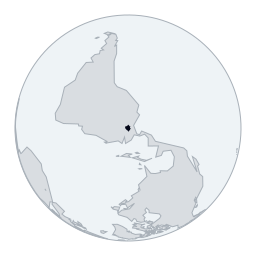 Cundinamarca highlighted on a globe, orthographic projection, rotated 172°
{"feature_id": "COL-1398", "entity_name": "Cundinamarca", "entity_type": "Department", "adm_level": 1, "iso_a3": "COL", "parent_name": "Colombia", "parent_adm1": "", "projection": "orthographic", "projection_center": [-74.139, 4.765], "detail": "fine", "context": "on_globe", "style": "filled", "palette": "ink", "viewbox_px": 256, "rotation_deg": 172, "n_neighbors": 0, "source": "natural_earth", "source_scale": "10m", "svg_char_len": 8594}
<svg xmlns="http://www.w3.org/2000/svg" viewBox="0 0 256 256"><g transform="rotate(172 128 128)"><circle cx="128" cy="128" r="113" fill="#eef3f6" stroke="#a8b0b8"/><path d="M120.1,121.0L117.5,119.8L114.9,123.1L105.8,117.7L102.7,111.0L75.6,100.5L72.9,97.2L73.1,91.9L65.7,74.9L68.2,90.8L65.0,87.7L62.7,82.0L64.4,80.6L63.4,72.5L60.8,69.5L62.0,59.9L70.0,48.3L70.6,50.0L72.5,47.3L71.8,45.2L71.0,44.5L76.5,35.2L75.6,31.3L71.6,32.7L75.4,30.6L65.3,35.5L62.4,36.7L68.0,33.8L70.3,32.5L69.5,32.3L71.7,30.9L72.6,30.2L75.3,28.7L78.3,27.6L80.1,26.7L79.4,26.7L81.7,25.5L82.4,25.5L86.5,23.5L92.3,22.0L92.1,24.8L97.6,24.0L103.3,27.3L105.1,26.3L108.3,27.3L111.6,26.6L111.7,27.8L114.2,26.3L113.4,25.4L114.3,24.5L116.1,24.1L116.6,25.4L115.8,25.8L116.9,26.0L116.3,26.9L117.6,26.2L118.0,28.1L120.4,25.8L122.9,26.8L122.5,28.2L119.0,28.7L109.2,34.2L107.6,36.4L108.9,38.6L118.9,41.2L118.6,43.6L120.9,46.3L122.7,44.5L121.5,41.8L125.4,39.5L123.5,36.8L124.8,35.6L124.4,32.9L128.3,32.8L132.3,34.3L132.9,36.6L134.7,37.5L137.3,35.0L141.3,39.6L149.2,43.3L149.9,44.8L145.6,47.5L137.7,47.7L132.1,52.5L139.6,49.0L141.1,53.3L143.0,54.0L145.1,53.8L146.1,52.1L147.4,53.7L140.5,57.4L139.2,56.0L141.4,54.7L137.7,55.0L133.0,58.1L134.1,60.4L125.9,63.8L126.6,65.6L125.2,67.6L124.6,64.4L125.5,70.3L116.0,77.4L116.9,88.6L111.8,80.0L107.4,79.1L102.0,79.4L102.1,81.2L95.0,80.0L88.5,84.0L86.1,93.1L88.5,100.0L96.4,100.1L98.8,96.2L104.6,95.3L100.3,106.0L110.5,107.3L109.4,115.4L112.4,119.6L117.5,118.4L122.8,120.4L126.5,115.6L132.6,113.0L132.7,119.5L136.1,113.5L139.5,116.6L151.5,116.1L150.6,117.6L160.7,125.2L171.6,128.4L174.1,133.1L172.8,136.1L176.5,136.9L176.6,138.9L191.2,141.4L198.4,145.9L198.0,152.7L191.7,160.8L185.2,177.2L173.6,182.8L170.2,189.3L160.3,198.7L153.3,198.1L154.9,202.5L150.6,205.3L145.9,205.5L144.8,208.6L141.3,208.7L143.4,210.7L137.4,214.6L138.7,217.8L134.2,220.8L135.2,222.6L133.6,222.5L131.9,223.2L131.6,224.1L127.0,222.5L126.1,218.5L128.0,216.4L126.0,216.0L130.1,210.6L127.7,211.7L128.9,203.3L132.5,196.1L135.3,174.7L133.0,170.4L124.4,165.4L114.1,149.2L117.0,142.5L114.7,139.4L122.1,129.8L120.1,121.0ZM22.6,92.9L23.4,90.4L23.2,91.9L22.6,92.9ZM23.8,88.9L23.5,89.7L23.7,89.0L23.8,88.9ZM23.8,88.4L23.8,88.8L23.7,88.6L23.8,88.4ZM23.6,88.1L23.7,88.3L23.6,88.1ZM116.3,92.5L127.9,97.9L121.3,98.7L122.6,97.6L119.6,95.4L114.1,93.4L108.4,94.7L116.3,92.5ZM23.8,86.9L23.9,86.5L24.1,86.3L23.8,86.9ZM121.5,86.1L119.5,85.7L121.5,85.7L121.5,86.1ZM70.2,44.5L71.6,45.4L71.4,48.0L70.0,47.3L70.2,44.5ZM71.0,40.2L72.3,40.0L70.0,42.4L70.0,41.8L71.0,40.2ZM68.2,34.2L68.9,34.3L67.5,34.7L68.2,34.2ZM72.2,30.4L71.3,30.9L72.1,30.3L72.2,30.4ZM122.3,33.2L123.3,33.1L122.9,33.7L122.3,33.2ZM121.1,32.3L119.8,33.1L119.1,32.7L119.9,32.3L121.1,32.3ZM77.0,27.6L78.7,26.8L77.5,27.4L77.0,27.6ZM122.8,31.5L117.9,32.1L116.6,31.6L118.6,29.4L122.8,31.5ZM84.6,24.0L83.5,24.5L82.4,25.1L81.7,25.3L80.0,26.1L81.2,25.5L84.6,24.0ZM112.4,25.3L113.3,26.2L110.8,25.9L112.4,25.3ZM110.6,25.4L102.0,26.2L101.6,24.9L104.6,24.7L102.7,23.6L106.8,22.5L108.7,22.9L108.1,23.9L110.1,22.8L110.6,25.4ZM93.2,20.9L92.8,21.0L92.5,21.1L93.2,20.9ZM114.4,24.2L112.7,24.3L112.2,23.2L115.6,22.6L114.6,23.2L114.4,24.2ZM100.2,23.9L100.5,23.1L103.8,22.0L104.4,21.5L106.8,22.4L100.2,23.9ZM115.7,23.2L117.3,22.4L119.2,22.7L116.0,23.9L115.7,23.2ZM110.7,23.2L110.6,22.6L111.8,22.7L110.7,23.2ZM126.8,23.5L124.7,23.5L124.3,22.9L126.8,23.5ZM117.8,22.1L117.1,22.0L116.7,21.9L118.1,21.4L117.8,22.1ZM109.0,21.6L110.4,21.4L108.2,21.2L110.6,20.5L111.8,21.3L112.3,20.7L113.1,20.5L113.2,21.3L109.0,21.6ZM118.4,20.5L120.7,21.5L124.6,21.5L125.1,22.0L118.8,22.0L118.4,20.5ZM115.3,20.9L117.3,20.7L116.9,21.3L115.3,21.8L115.3,20.9ZM111.9,19.8L107.8,20.7L107.7,20.5L111.9,19.8ZM119.6,20.3L119.0,20.1L119.9,20.2L119.6,20.3ZM114.3,19.8L112.9,20.1L112.8,19.8L114.3,19.8ZM119.0,19.5L119.7,19.8L118.7,20.1L119.0,19.5ZM116.9,19.5L117.1,19.2L117.8,20.0L116.3,19.7L116.9,19.5ZM114.5,19.5L113.9,19.5L115.1,19.5L114.5,19.5ZM122.6,18.4L123.8,19.4L121.4,19.9L120.6,18.9L122.6,18.4ZM134.6,225.9L127.4,223.1L131.5,224.4L134.6,222.9L138.3,225.0L134.6,225.9ZM143.6,221.9L147.0,221.0L147.8,221.5L145.6,222.2L143.6,221.9ZM214.4,55.7L213.8,55.0L211.9,52.9L206.5,47.9L208.8,50.3L214.0,55.3L213.7,55.1L216.8,58.9L214.2,55.8L207.9,50.3L208.2,52.8L213.9,63.3L213.0,64.8L209.8,63.8L202.5,54.3L205.4,52.0L202.8,49.1L197.7,45.8L199.0,45.6L197.3,44.1L197.9,43.4L194.4,39.3L194.3,38.5L188.7,34.4L187.9,33.5L191.5,36.1L194.0,37.6L193.4,36.3L192.0,35.3L188.4,32.9L188.6,33.0L195.7,37.9L202.4,43.4L208.6,49.3L214.4,55.7ZM186.5,31.7L185.2,31.0L185.0,30.8L186.5,31.7ZM182.8,29.6L178.6,27.4L174.7,25.5L173.4,24.9L179.5,28.1L182.0,29.4L184.1,30.5L190.8,34.8L191.9,35.9L185.0,31.8L185.8,33.1L180.0,29.7L166.8,22.5L163.5,21.1L163.9,21.2L173.6,25.0L182.8,29.6ZM231.5,172.5L235.6,160.9L238.1,151.8L239.3,145.1L239.8,131.3L239.8,123.0L239.3,119.9L238.6,121.3L237.7,117.6L237.0,117.9L230.7,123.2L227.1,118.9L218.9,104.5L218.8,97.8L215.8,90.9L212.9,65.2L215.6,65.7L217.0,60.7L217.8,61.2L221.2,66.3L225.0,70.7L228.9,77.9L232.2,85.3L235.0,92.9L237.3,100.8L239.0,108.7L240.1,116.8L240.6,124.9L240.5,133.1L239.9,141.2L238.6,149.2L236.8,157.2L234.4,164.9L231.5,172.5ZM217.8,77.3L218.8,79.3L217.8,77.3ZM151.9,116.0L153.3,117.3L151.4,117.3L151.9,116.0ZM120.4,101.3L122.9,101.4L124.1,102.4L122.3,102.8L120.4,101.3ZM141.1,101.1L143.9,101.7L141.0,102.2L141.1,101.1ZM129.8,98.6L138.8,101.0L133.1,103.0L127.4,101.6L131.4,100.9L129.8,98.6ZM120.4,89.8L121.9,90.2L121.5,91.4L120.4,89.8ZM123.0,86.1L122.4,86.2L121.6,85.3L123.0,86.1ZM141.5,53.1L142.1,52.8L144.3,53.0L143.3,53.7L141.5,53.1ZM154.0,49.7L155.8,52.4L153.8,50.8L152.7,52.1L147.2,50.8L149.9,45.5L149.7,48.0L154.0,49.7ZM140.5,48.0L143.8,49.1L140.1,48.1L140.5,48.0ZM187.1,38.0L188.8,38.5L190.7,40.3L190.7,42.3L187.9,39.7L187.1,38.0ZM190.7,39.0L183.8,34.8L183.5,33.7L184.8,35.0L185.3,34.7L187.6,36.7L194.1,40.0L196.2,41.9L195.1,44.0L194.3,42.2L192.7,41.6L190.7,39.0ZM166.5,29.2L163.5,28.3L166.8,27.0L169.2,28.1L169.4,29.9L166.6,29.7L166.5,29.2ZM127.2,27.9L125.8,28.2L125.7,27.8L126.7,27.2L127.2,27.9ZM125.9,23.6L133.0,26.4L131.8,26.8L137.4,28.4L136.4,30.2L132.8,29.0L136.3,31.8L132.7,31.5L135.4,33.3L127.4,30.5L124.3,30.6L128.1,29.8L129.1,28.1L128.6,27.4L124.8,25.6L118.5,25.3L118.5,23.8L120.1,22.9L121.6,22.8L121.2,23.7L123.5,22.8L124.0,24.1L125.9,23.6ZM139.4,17.4L138.3,17.7L143.0,17.7L143.6,18.3L144.1,18.3L145.9,19.0L148.9,19.8L148.7,20.1L150.0,20.3L151.2,20.9L152.9,21.4L153.0,22.2L155.1,22.9L153.9,22.9L157.5,24.0L154.9,23.6L156.2,24.5L158.1,24.4L154.4,29.1L154.9,31.9L156.7,34.7L151.9,34.1L147.2,31.3L143.1,27.9L143.3,25.5L141.1,25.9L140.5,24.9L142.5,25.0L139.1,24.3L139.2,23.5L135.6,21.6L130.7,21.3L129.2,20.7L131.2,20.5L128.3,20.1L131.0,19.4L130.1,19.0L131.7,18.1L136.1,18.1L134.6,17.7L135.9,17.2L139.4,17.4ZM123.2,18.1L128.3,17.6L131.1,17.9L127.0,19.4L127.5,19.9L125.0,21.2L121.0,21.0L122.1,20.6L122.2,20.1L123.4,20.4L122.6,19.9L124.0,19.4L123.8,18.9L125.5,18.8L123.2,18.1ZM216.5,59.1L216.5,58.6L218.4,61.1L216.5,59.1ZM212.3,55.4L212.2,54.9L214.8,57.9L214.6,58.0L212.3,55.4ZM209.8,52.2L212.0,54.6L210.7,53.4L209.8,52.2ZM191.1,35.6L190.7,35.1L191.5,35.7L192.8,36.6L191.1,35.6ZM153.7,18.7L152.6,18.5L151.9,18.4L148.1,17.7L147.5,17.4L149.5,17.7L153.7,18.7ZM152.3,18.2L150.8,17.9L151.4,18.0L152.3,18.2ZM146.8,17.2L147.1,17.1L146.9,17.3L146.8,17.2ZM144.2,16.5L143.8,16.5L144.2,16.5Z" fill="#d9dde1" stroke="#a8b0b8" stroke-width="1"/><path d="M127.3,130.1L127.2,130.0L127.2,129.8L127.2,129.7L127.3,129.7L127.2,129.5L127.3,129.5L127.2,129.4L127.3,129.4L127.3,129.2L127.2,129.0L126.9,129.1L126.7,129.0L126.7,128.9L126.7,129.0L126.5,128.9L126.7,128.6L126.7,128.4L126.7,128.2L126.8,128.0L126.8,127.9L126.8,127.7L126.8,127.4L126.8,127.0L126.8,126.9L126.9,126.7L127.0,126.7L126.9,126.7L127.0,126.6L126.9,126.5L127.0,126.4L127.0,126.2L127.3,126.0L127.5,126.0L127.6,125.9L127.6,126.0L127.7,126.3L127.8,126.5L128.0,126.6L128.2,126.8L128.3,126.8L128.4,126.7L128.5,126.7L128.6,126.4L128.7,126.5L128.8,126.6L129.0,126.7L129.1,126.8L129.1,127.0L129.3,127.3L129.2,127.5L129.2,127.8L129.4,127.8L129.5,127.8L129.6,128.0L129.8,128.1L130.0,128.2L130.0,128.6L130.0,129.0L129.9,129.1L129.8,128.9L129.5,128.9L129.4,128.9L129.2,128.9L129.1,128.7L128.9,128.5L128.7,128.6L128.7,128.9L128.7,129.0L128.8,129.1L128.7,129.1L128.4,129.2L128.4,129.3L128.2,129.3L128.0,129.5L128.0,129.4L128.1,129.2L128.1,128.8L128.0,128.7L128.2,128.4L128.3,128.3L128.2,128.3L128.2,128.2L128.2,127.9L128.3,127.9L128.2,127.9L128.1,128.0L127.9,128.1L128.0,128.2L127.9,128.2L127.8,128.3L127.9,128.5L127.9,128.8L127.9,129.0L127.8,129.3L127.7,129.3L127.5,129.5L127.5,129.8L127.4,129.9L127.3,130.1Z" fill="#0f172a" stroke="#020617" stroke-width="1.5"/></g></svg>